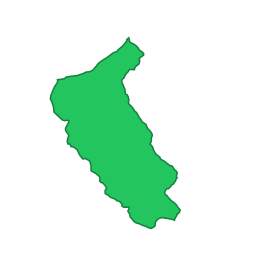 Sandovalina, São Paulo, Brazil, rotated 118°
{"feature_id": "56859067B27263450532509", "entity_name": "Sandovalina", "entity_type": "district", "adm_level": 2, "iso_a3": "BRA", "parent_name": "Brazil", "parent_adm1": "São Paulo", "projection": "natural_earth1", "projection_center": [-51.849, -22.468], "detail": "fine", "context": "isolated", "style": "filled", "palette": "green", "viewbox_px": 256, "rotation_deg": 118, "n_neighbors": 0, "source": "geoboundaries", "source_scale": "gbopen_adm2", "svg_char_len": 2812}
<svg xmlns="http://www.w3.org/2000/svg" viewBox="0 0 256 256"><g transform="rotate(118 128 128)"><path d="M205.8,83.9L206.6,81.2L207.5,79.5L208.0,76.9L207.8,75.1L207.2,72.8L207.2,69.9L206.5,66.3L206.5,63.3L205.7,60.3L203.6,58.9L201.9,58.2L200.1,58.8L198.0,59.6L194.6,58.9L192.7,57.6L191.0,55.7L190.3,53.1L189.5,51.2L188.7,48.3L187.9,46.4L187.7,43.7L185.2,44.1L182.5,43.8L181.2,44.4L179.8,43.4L177.9,43.0L175.9,43.4L174.8,46.3L173.1,49.3L172.3,52.1L172.0,54.9L171.2,57.7L170.5,59.7L169.5,61.6L169.1,64.2L167.7,65.3L165.9,65.6L163.8,65.4L162.5,63.7L159.9,62.9L157.6,62.6L156.0,61.5L154.4,61.6L152.6,61.1L150.6,61.6L148.9,61.2L148.0,62.7L146.6,62.9L144.4,63.5L143.3,65.4L143.0,67.3L141.8,69.3L140.8,71.7L141.5,73.2L141.1,75.6L140.7,78.2L140.2,80.8L140.2,83.4L140.0,85.0L138.8,86.1L138.6,87.8L138.1,90.4L137.0,92.8L135.1,95.5L133.3,97.2L132.2,99.6L131.8,101.2L130.4,100.9L128.1,101.5L125.9,102.7L123.5,102.9L122.3,103.6L121.1,105.3L120.0,107.7L119.3,110.2L117.7,112.3L116.3,114.0L116.2,116.1L115.9,118.7L114.9,120.0L114.1,121.5L113.5,123.1L112.6,124.3L111.2,126.2L110.2,128.2L109.9,130.1L108.7,131.9L107.8,134.0L106.9,135.9L106.7,137.9L105.7,139.2L104.4,140.1L102.9,140.2L101.4,141.7L100.2,142.7L99.0,144.4L99.1,146.3L97.0,147.8L95.0,149.1L93.7,151.0L92.3,152.5L91.0,154.4L89.7,155.4L88.3,156.0L86.9,155.7L85.6,155.0L83.9,155.2L82.0,155.2L79.9,154.8L78.0,154.2L76.4,154.4L75.1,153.4L74.4,151.5L73.5,149.7L71.1,150.3L69.3,149.8L66.8,148.5L64.8,148.6L63.0,149.3L61.8,150.5L59.8,150.2L58.2,149.3L56.4,148.4L54.9,149.2L54.3,150.7L54.0,153.3L53.6,155.2L52.6,156.5L51.5,159.5L51.2,162.3L51.4,165.4L50.9,167.4L49.4,168.2L48.0,169.7L50.4,170.6L52.0,170.0L58.3,171.2L63.7,173.5L65.7,173.6L67.4,175.4L68.8,176.5L75.7,179.6L79.5,181.9L83.6,184.0L86.3,184.8L88.0,184.9L90.4,185.6L93.6,186.2L96.6,188.6L98.3,191.3L100.9,193.1L103.3,195.4L105.3,197.2L108.8,202.2L112.2,206.7L114.0,207.0L116.6,210.2L118.4,213.0L120.0,211.9L121.8,211.8L126.1,212.2L129.5,212.0L133.8,211.5L135.5,211.4L139.1,210.0L140.3,207.8L142.1,206.0L144.0,204.0L148.7,200.8L150.4,194.7L151.2,191.9L151.7,189.6L151.2,187.2L149.6,185.3L149.4,183.6L150.9,183.1L152.8,183.1L155.5,183.1L157.6,183.0L159.2,182.2L160.2,180.9L161.1,178.7L162.7,176.6L165.0,176.4L166.5,176.1L168.6,175.2L170.3,173.6L169.5,171.8L171.2,169.5L170.4,167.0L171.0,162.8L172.3,161.1L174.1,158.7L175.2,156.7L176.6,153.3L175.2,151.7L174.9,149.9L175.2,146.1L179.0,142.7L181.6,141.5L183.2,140.4L183.2,138.7L183.3,134.9L183.8,132.7L184.2,130.7L185.4,129.2L186.9,128.8L188.2,127.9L188.8,126.3L188.3,124.4L189.1,122.5L189.9,120.3L191.6,118.5L193.9,118.9L196.6,117.4L196.8,113.2L197.5,110.8L196.9,107.8L197.0,105.3L197.5,103.7L196.9,101.7L197.1,99.7L198.3,97.3L199.8,96.8L199.9,94.3L197.5,90.1L198.7,89.2L201.5,89.1L203.3,86.1L205.8,83.9Z" fill="#22c55e" stroke="#15803d" stroke-width="1.5"/></g></svg>